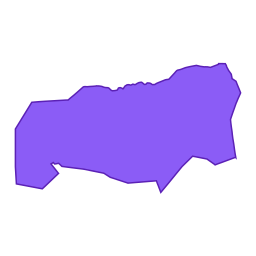 Xan-Uul, Ulaanbaatar, Mongolia
{"feature_id": "93677404B94490169269592", "entity_name": "Xan-Uul", "entity_type": "district", "adm_level": 2, "iso_a3": "MNG", "parent_name": "Mongolia", "parent_adm1": "Ulaanbaatar", "projection": "natural_earth1", "projection_center": [106.789, 47.807], "detail": "fine", "context": "isolated", "style": "filled", "palette": "violet", "viewbox_px": 256, "rotation_deg": 0, "n_neighbors": 0, "source": "geoboundaries", "source_scale": "gbopen_adm2", "svg_char_len": 2379}
<svg xmlns="http://www.w3.org/2000/svg" viewBox="0 0 256 256"><path d="M110.4,177.4L110.6,177.4L127.7,183.0L127.9,183.1L156.4,180.8L157.6,184.1L158.0,185.0L160.8,192.4L168.2,183.5L168.6,183.0L177.5,172.1L182.1,166.5L192.6,156.2L193.0,156.3L195.3,156.7L206.9,159.0L207.1,159.1L208.2,159.9L211.5,162.2L214.7,164.5L215.1,164.9L217.6,163.9L221.5,162.5L235.5,157.3L235.8,157.6L235.6,156.3L235.4,155.3L235.1,153.6L234.6,150.3L234.4,148.8L233.8,144.4L233.6,143.1L232.8,138.3L232.3,134.4L232.2,133.3L232.0,131.5L231.4,127.4L230.8,122.7L230.5,119.5L231.0,117.9L231.8,115.5L233.0,112.0L234.3,108.4L235.9,103.8L236.2,103.0L236.8,101.7L238.1,98.5L238.8,97.0L240.5,93.2L240.6,92.8L240.0,91.3L238.9,88.5L237.6,85.4L236.8,83.4L236.0,81.3L233.4,79.5L232.1,78.7L231.9,77.4L231.5,75.5L231.3,74.3L230.8,73.5L229.2,71.3L228.4,70.1L228.0,69.3L226.8,67.1L226.5,66.3L226.3,65.3L226.1,65.1L225.7,64.4L225.4,64.0L225.3,63.7L225.2,63.7L221.4,63.6L219.4,63.6L218.6,63.6L218.5,64.3L216.5,65.1L212.8,66.5L210.7,67.3L210.4,67.4L207.7,66.9L205.1,66.8L204.4,66.9L202.4,66.6L200.2,66.3L199.5,66.1L196.4,65.4L193.7,65.9L190.0,66.6L186.9,67.3L185.3,67.7L181.1,69.3L180.1,69.6L177.5,70.2L176.7,70.7L175.6,71.8L174.9,72.7L171.3,76.6L169.1,79.0L168.7,79.3L166.3,79.6L165.4,79.8L165.1,79.9L162.9,80.8L158.9,82.4L156.3,83.5L154.9,84.5L154.0,84.5L153.3,84.6L152.3,84.6L150.6,83.4L149.1,83.0L148.5,83.0L147.6,82.9L147.1,83.0L145.9,84.2L145.1,84.4L144.3,84.4L143.4,83.6L142.6,83.0L141.7,82.3L140.6,82.3L138.9,82.6L137.2,83.4L135.5,84.5L134.8,84.6L134.1,84.5L133.2,84.2L132.6,84.2L131.8,84.7L130.7,85.1L129.0,84.7L127.9,84.7L126.8,84.9L126.4,85.4L125.6,85.6L124.9,86.2L124.0,87.5L123.3,88.7L122.7,88.8L122.2,88.3L121.1,87.9L120.1,87.6L118.7,87.9L118.3,88.2L117.7,89.5L117.1,90.1L116.0,90.4L114.8,90.6L112.3,90.8L111.1,90.2L110.0,89.2L109.2,88.3L108.0,87.7L106.5,87.6L105.2,87.5L103.8,87.2L102.1,86.5L101.7,86.4L99.3,86.0L96.4,85.9L95.4,86.1L93.1,86.3L89.7,86.5L87.5,86.7L84.6,86.6L83.3,86.9L81.8,88.2L77.2,92.3L74.2,94.9L69.7,98.6L68.2,100.0L65.5,100.1L55.3,100.7L44.9,101.3L38.9,101.7L31.8,102.3L15.4,129.0L15.4,166.7L16.4,183.9L42.3,188.8L45.2,186.1L58.5,173.4L58.3,173.2L58.1,172.9L53.6,167.2L51.2,164.2L51.0,163.9L52.7,162.9L53.2,162.5L54.7,164.0L56.0,163.8L56.6,163.7L57.4,163.5L58.7,163.3L60.6,165.1L61.9,166.4L71.2,167.6L83.4,169.1L103.8,173.2L110.4,177.4Z" fill="#8b5cf6" stroke="#5b21b6" stroke-width="1.5"/></svg>